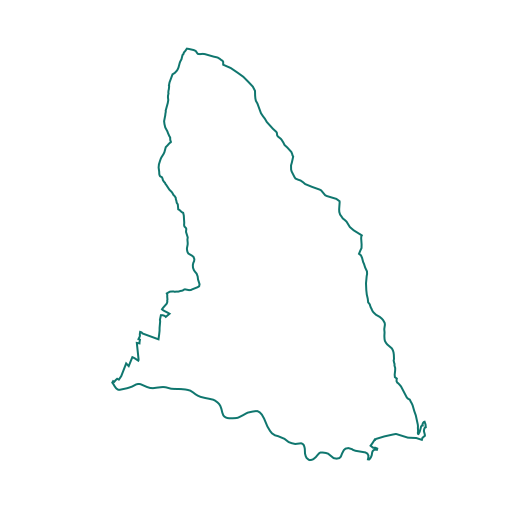 Ideciu De Jos, Mures, Romania (Robinson projection), rotated 265°
{"feature_id": "2599482B36983639581980", "entity_name": "Ideciu De Jos", "entity_type": "district", "adm_level": 2, "iso_a3": "ROU", "parent_name": "Romania", "parent_adm1": "Mures", "projection": "robinson", "projection_center": [24.799, 46.828], "detail": "fine", "context": "isolated", "style": "outline", "palette": "teal", "viewbox_px": 512, "rotation_deg": 265, "n_neighbors": 0, "source": "geoboundaries", "source_scale": "gbopen_adm2", "svg_char_len": 6051}
<svg xmlns="http://www.w3.org/2000/svg" viewBox="0 0 512 512"><g transform="rotate(265 256 256)"><path d="M189.8,135.4L190.3,134.5L190.5,134.0L188.1,133.4L186.6,133.4L185.6,133.0L183.7,131.8L183.4,131.7L183.3,132.3L182.8,133.1L180.5,132.5L179.1,132.3L179.8,129.7L163.4,130.0L162.5,129.9L162.0,129.6L164.8,126.1L166.0,124.0L157.4,119.6L160.3,117.3L148.1,111.3L144.8,108.6L145.8,107.0L144.6,105.4L143.0,103.8L143.8,102.8L142.4,101.8L140.7,102.8L138.4,103.9L136.3,105.2L135.0,106.7L134.7,107.5L134.6,108.7L135.5,116.0L136.0,118.3L136.7,121.1L138.5,125.4L138.8,127.4L138.6,128.9L138.3,129.9L135.0,136.0L133.8,138.9L133.3,141.8L133.5,146.1L133.6,151.4L133.5,152.6L133.0,154.9L131.2,159.8L130.7,163.0L130.0,169.5L129.2,173.9L128.5,176.4L127.6,178.8L125.6,181.4L123.5,183.7L121.9,185.9L120.5,188.5L119.0,192.9L117.9,196.7L116.6,200.8L115.6,202.5L113.4,205.0L111.7,206.4L109.7,207.4L106.7,208.2L102.8,208.8L100.0,209.6L98.8,210.5L97.8,211.8L97.1,213.3L96.7,215.1L96.4,218.1L96.3,221.3L96.4,223.6L96.9,225.1L98.5,229.1L100.1,232.6L100.7,234.2L101.3,238.9L101.5,242.2L101.3,244.0L99.9,246.1L97.5,248.0L93.3,249.9L85.2,252.5L80.6,254.7L78.0,256.4L75.7,259.3L74.6,262.3L71.4,268.4L67.8,272.3L66.4,275.3L65.3,278.7L65.5,284.6L64.8,286.0L63.5,287.1L61.5,287.6L59.7,287.8L54.9,287.6L52.2,288.1L50.4,288.8L48.4,290.8L48.0,291.8L48.1,293.7L48.6,295.4L50.4,298.0L52.8,300.4L54.2,302.0L54.6,303.1L54.4,305.3L53.7,308.4L52.8,310.6L47.9,315.7L47.1,318.6L47.4,321.4L48.7,323.0L51.9,324.6L55.0,326.6L56.3,328.4L56.6,331.3L55.2,334.8L54.4,335.7L53.3,338.1L50.8,347.8L49.5,349.7L47.4,350.6L45.3,350.3L43.7,349.8L43.4,350.9L44.0,351.7L45.3,352.8L46.6,353.5L47.4,353.9L50.1,354.6L51.3,355.1L52.2,356.1L52.7,357.0L52.7,357.9L52.4,359.6L53.6,360.0L54.6,358.1L54.8,355.9L57.0,353.6L59.3,355.6L62.9,358.4L62.6,358.8L62.9,359.0L63.3,359.6L65.1,368.2L66.2,376.6L66.5,379.6L66.4,380.3L61.8,391.5L60.7,399.8L58.4,405.2L60.4,406.0L62.2,408.6L63.4,408.6L66.9,408.0L68.8,408.4L70.3,409.2L70.6,410.2L73.4,410.2L76.2,409.5L76.0,408.7L75.2,407.9L74.3,407.4L73.7,407.2L72.6,407.3L72.5,406.3L71.7,405.6L69.7,404.9L66.6,403.7L64.5,402.3L64.7,401.9L65.6,401.8L67.3,402.2L70.8,402.3L72.1,402.5L73.8,402.5L83.3,401.3L87.5,400.2L93.6,399.0L95.6,398.3L97.3,397.5L99.2,396.8L99.8,396.4L100.0,395.8L100.5,395.1L101.9,393.9L105.0,392.6L113.4,389.1L115.4,387.7L116.9,386.5L117.4,385.8L118.2,385.4L119.1,385.1L120.7,385.3L121.6,385.6L123.2,383.8L125.7,383.8L129.6,384.6L132.2,384.9L134.8,384.4L136.4,384.6L137.6,384.3L138.7,384.2L139.7,384.0L141.4,384.5L145.6,384.7L147.9,384.6L149.9,384.2L151.4,383.6L152.2,383.2L156.5,379.0L158.2,377.9L160.2,377.0L162.1,376.8L165.1,376.9L168.7,377.4L172.0,377.4L176.2,378.4L177.5,378.4L178.3,378.3L181.1,377.0L182.7,375.8L184.6,373.9L187.0,370.4L189.4,368.3L190.5,367.5L192.7,366.6L193.0,366.6L195.1,365.7L195.5,365.7L196.7,365.3L197.6,365.2L198.6,364.7L200.0,363.7L203.6,363.6L208.0,363.0L212.5,362.9L219.2,363.2L226.3,364.5L228.4,365.1L231.0,365.2L235.1,363.7L238.7,362.9L240.7,362.2L244.9,361.5L247.5,360.6L249.2,358.8L252.3,360.4L254.7,361.8L258.2,362.2L264.4,362.3L266.3,362.6L267.3,363.2L273.1,355.5L276.7,352.0L282.3,349.2L284.0,347.7L285.9,345.7L288.1,344.5L289.9,343.4L292.6,342.8L295.3,342.9L302.2,344.0L303.3,344.0L305.9,341.0L309.6,331.7L310.5,330.2L315.7,326.6L316.6,325.2L320.0,317.8L323.4,311.2L325.3,309.4L327.3,307.0L328.4,304.5L329.7,302.1L331.1,301.3L337.0,298.9L339.0,298.5L343.2,298.8L345.8,299.8L351.8,301.7L353.2,301.1L354.2,301.0L356.5,300.3L361.4,296.6L364.1,294.1L366.7,293.1L369.6,291.6L370.6,290.9L373.1,288.3L373.9,287.8L374.4,287.6L376.9,287.5L377.8,287.1L381.3,283.9L388.6,278.4L392.0,276.8L394.5,275.2L397.8,273.4L407.8,270.7L410.6,269.4L413.1,269.1L415.9,269.1L420.6,269.4L425.0,267.6L429.7,263.9L435.6,259.0L440.0,253.9L445.4,247.3L449.4,240.0L452.3,240.2L453.0,239.9L453.5,239.5L454.5,238.2L455.5,237.2L456.9,235.3L457.3,234.4L458.3,231.2L461.6,222.6L462.0,220.6L462.0,217.8L462.3,215.9L462.9,215.3L465.5,213.8L466.6,211.9L468.1,207.2L468.6,205.2L466.4,203.4L465.0,201.9L463.9,201.5L463.2,201.1L463.0,200.6L462.6,200.3L458.5,198.9L456.2,197.4L454.9,196.8L450.5,195.2L448.7,194.2L447.6,193.4L445.5,191.1L444.5,189.2L444.3,188.7L436.5,185.0L433.4,184.1L433.1,184.3L432.3,184.2L429.7,183.7L428.2,183.2L426.5,182.9L425.8,182.9L425.6,183.0L423.3,182.3L421.6,182.1L419.3,182.2L418.6,182.1L416.0,181.4L408.7,178.7L407.6,178.7L405.1,178.0L404.6,178.0L398.3,176.2L395.4,176.3L392.0,176.8L387.8,178.6L386.2,179.0L383.0,180.1L381.6,180.8L379.0,180.7L377.0,181.2L376.6,180.8L376.2,180.0L374.9,178.5L373.9,177.5L372.3,175.6L367.4,173.8L365.7,172.8L362.4,170.3L361.0,169.5L359.2,168.7L355.8,167.3L352.6,166.7L348.4,166.9L346.2,166.8L345.2,166.9L344.0,167.3L343.4,167.9L343.0,168.8L342.5,169.2L341.4,169.6L339.6,169.9L337.8,170.9L336.9,171.7L336.1,171.9L335.5,172.2L334.8,172.7L329.6,175.5L327.1,177.6L325.5,178.5L324.3,178.9L322.7,180.2L321.0,181.1L319.5,181.1L317.8,181.5L316.5,181.6L315.6,181.8L314.9,182.3L314.0,182.6L309.3,182.6L308.4,183.9L306.9,185.2L306.0,186.1L305.4,187.2L302.6,187.6L295.3,187.4L293.4,187.1L292.6,187.1L291.6,187.3L290.0,188.6L289.5,188.8L289.0,188.9L286.9,188.5L286.0,188.4L280.5,189.6L278.2,189.1L274.9,189.1L273.3,188.9L269.8,187.9L268.9,187.8L267.2,187.9L266.0,188.1L264.4,188.8L263.5,190.0L261.9,192.3L260.5,193.7L258.2,194.3L256.3,193.9L254.5,192.9L252.5,192.3L249.9,192.2L247.3,192.9L245.6,193.9L243.6,195.3L240.7,196.1L237.7,196.2L232.8,197.3L230.8,196.7L230.5,196.2L229.9,194.8L228.3,189.4L227.8,188.2L227.8,186.4L229.0,182.3L228.8,181.4L228.2,180.3L228.0,179.9L227.8,178.7L227.8,177.8L227.4,176.1L227.3,175.6L227.5,173.3L227.4,172.0L227.8,170.9L227.9,170.5L228.0,167.4L227.9,166.9L226.5,163.9L226.0,164.1L224.7,164.2L223.1,164.0L220.5,164.0L219.0,163.6L218.3,163.7L217.6,163.5L216.3,162.9L212.5,158.9L211.1,157.7L210.5,158.2L209.3,159.8L207.3,163.0L206.0,164.8L203.2,160.8L203.9,160.3L204.6,159.2L204.9,158.4L205.2,157.6L205.3,156.1L200.7,154.7L200.3,154.8L199.1,154.8L192.9,153.7L189.9,153.4L186.4,152.7L181.5,151.6L188.8,136.0L189.3,135.8L189.8,135.4Z" fill="none" stroke="#0f766e" stroke-width="2"/></g></svg>